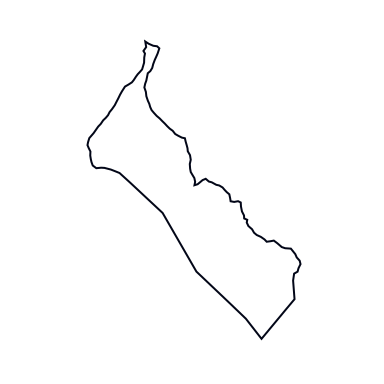 outline of Algodão de Jandaíra, Paraíba, Brazil, rotated 261°
{"feature_id": "56859067B49071787893011", "entity_name": "Algodão de Jandaíra", "entity_type": "district", "adm_level": 2, "iso_a3": "BRA", "parent_name": "Brazil", "parent_adm1": "Paraíba", "projection": "albers", "projection_center": [-35.92, -6.887], "detail": "fine", "context": "isolated", "style": "outline", "palette": "ink", "viewbox_px": 384, "rotation_deg": 261, "n_neighbors": 0, "source": "geoboundaries", "source_scale": "gbopen_adm2", "svg_char_len": 1889}
<svg xmlns="http://www.w3.org/2000/svg" viewBox="0 0 384 384"><g transform="rotate(261 192 192)"><path d="M338.9,166.1L336.1,167.2L332.4,165.9L327.2,164.9L323.6,163.2L320.9,161.9L318.8,159.4L316.8,156.8L314.6,154.6L311.7,152.0L309.7,149.8L308.1,146.2L306.6,142.3L302.3,138.5L299.4,136.2L296.1,133.9L292.3,131.1L289.8,129.3L286.3,125.9L283.8,123.1L281.0,121.1L278.7,118.4L276.7,115.5L273.5,112.5L271.3,109.6L268.3,106.7L265.5,104.0L261.3,99.0L257.4,97.1L254.6,96.1L251.4,96.9L247.9,98.0L243.9,97.2L240.2,97.2L237.3,97.4L233.7,98.1L230.5,101.2L230.2,106.1L229.5,109.3L226.9,115.3L224.5,119.4L222.1,123.4L210.5,132.7L175.9,159.7L124.2,179.5L112.7,183.9L77.0,211.3L58.4,225.4L36.1,237.7L61.4,266.5L70.1,276.5L88.7,278.0L95.4,280.1L96.8,283.8L100.1,285.3L103.8,287.9L107.3,287.6L111.0,285.2L114.5,284.3L117.1,282.8L120.6,280.8L121.9,275.2L123.6,272.0L128.0,268.3L131.2,265.2L131.1,261.8L131.2,258.0L133.8,256.2L136.9,253.0L139.4,249.2L142.1,246.9L145.8,245.5L149.5,242.4L153.2,241.3L155.9,242.2L157.7,239.4L160.7,239.7L165.0,238.3L170.0,238.1L174.0,238.5L175.7,236.1L175.6,232.1L176.8,228.7L179.8,228.7L183.9,228.5L186.3,226.4L188.9,224.6L191.7,222.9L194.2,219.9L195.3,217.1L198.5,213.0L199.7,210.3L202.9,207.6L202.1,204.3L200.5,201.7L198.8,198.8L198.3,195.5L201.6,196.7L205.4,196.5L208.1,195.4L211.9,193.9L215.4,193.8L220.0,194.2L224.0,195.8L228.7,195.8L232.9,194.2L235.9,194.4L238.9,194.1L243.0,193.6L246.2,193.4L247.3,190.5L249.7,187.2L251.9,184.5L255.5,182.5L258.1,179.9L260.9,177.8L263.9,175.8L266.7,173.7L269.7,171.6L272.7,169.0L276.2,166.7L279.2,164.9L282.5,164.0L285.8,163.6L289.0,162.7L293.7,161.9L298.1,162.1L302.7,161.3L306.3,162.7L309.2,164.3L312.7,165.6L316.2,166.9L317.9,169.7L320.7,172.1L324.4,173.7L328.3,175.9L331.0,177.7L334.3,179.8L339.0,182.2L341.4,180.3L342.5,176.6L345.2,172.4L347.9,169.4L342.3,169.4L338.9,166.1Z" fill="none" stroke="#020617" stroke-width="2"/></g></svg>